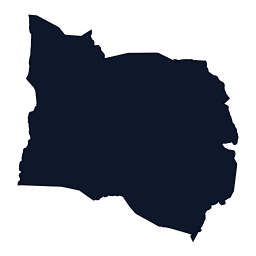 Monte Santo, Bahia, Brazil
{"feature_id": "56859067B5378838319311", "entity_name": "Monte Santo", "entity_type": "district", "adm_level": 2, "iso_a3": "BRA", "parent_name": "Brazil", "parent_adm1": "Bahia", "projection": "orthographic", "projection_center": [-39.443, -10.381], "detail": "fine", "context": "isolated", "style": "filled", "palette": "ink", "viewbox_px": 256, "rotation_deg": 0, "n_neighbors": 0, "source": "geoboundaries", "source_scale": "gbopen_adm2", "svg_char_len": 4320}
<svg xmlns="http://www.w3.org/2000/svg" viewBox="0 0 256 256"><path d="M24.8,148.7L23.8,149.7L23.9,151.2L23.4,153.1L22.9,154.4L22.9,156.0L22.3,157.8L22.4,159.4L22.6,160.8L21.7,161.5L20.5,162.3L20.2,163.8L19.8,165.3L19.9,166.9L19.8,168.5L19.8,169.9L20.7,170.6L21.9,171.3L22.3,172.5L21.1,173.2L19.9,174.2L19.5,175.3L19.9,176.7L20.6,178.0L20.9,179.0L20.6,180.2L19.8,181.2L18.6,182.3L18.4,183.5L18.4,184.7L21.9,184.5L48.0,185.5L49.7,185.6L56.9,185.8L61.6,186.0L79.6,189.8L88.0,195.8L93.7,199.8L94.9,199.4L96.0,198.8L97.1,199.6L98.9,199.1L100.2,197.6L101.2,197.3L102.1,196.2L103.3,195.7L104.2,196.4L105.3,196.6L106.2,196.1L107.2,195.9L108.2,194.9L109.2,194.8L110.4,195.4L111.5,195.2L112.5,195.4L113.8,195.3L114.8,194.6L116.2,195.3L117.8,195.5L119.1,194.9L120.3,195.1L121.4,195.5L122.5,195.8L123.6,196.6L130.1,206.3L136.2,213.2L143.8,217.4L147.5,219.4L159.0,225.8L160.2,226.0L162.1,225.7L163.0,226.7L164.5,226.4L170.1,227.5L187.3,232.5L193.2,234.4L192.4,235.2L191.1,236.1L191.5,237.6L192.4,239.2L193.0,240.6L196.9,233.4L197.4,232.3L197.6,231.1L198.8,231.5L199.9,231.3L200.9,230.1L200.1,228.8L199.5,227.7L200.4,227.2L201.2,226.6L202.0,225.1L202.3,224.1L203.1,222.9L203.4,221.5L204.0,220.3L204.9,218.8L204.7,217.7L204.8,216.6L204.7,215.3L204.5,214.0L204.7,212.7L205.8,211.2L206.4,210.0L208.3,209.4L209.7,208.7L210.7,207.4L210.6,205.7L211.3,204.5L213.2,204.5L215.0,203.9L216.0,203.4L217.3,202.3L218.5,201.0L219.7,201.6L219.9,202.9L220.7,203.7L221.8,204.5L223.1,204.1L224.8,203.6L224.7,202.1L224.2,200.7L224.8,199.5L226.1,199.3L226.6,198.4L228.3,197.8L229.8,197.2L230.9,195.4L231.5,193.9L232.4,192.4L233.2,190.9L235.9,169.3L236.3,165.7L236.3,164.5L236.3,163.3L235.4,162.2L234.8,160.8L234.0,159.7L233.6,158.5L233.6,157.2L234.3,156.3L234.5,155.2L234.7,154.0L234.6,152.9L234.4,151.8L233.5,151.0L232.0,150.7L230.9,150.5L229.8,150.5L228.1,150.1L226.6,149.1L224.8,148.6L223.8,147.6L223.0,146.6L222.0,145.4L221.6,144.1L222.4,143.3L223.5,142.8L225.9,143.0L227.4,142.4L228.9,142.4L230.9,141.8L232.1,141.5L232.8,142.4L233.6,143.8L234.6,144.4L235.8,143.9L236.7,142.9L237.0,141.3L237.1,139.6L237.6,138.0L237.6,136.6L237.2,135.4L237.3,134.2L236.5,132.9L236.2,131.9L236.2,130.8L236.2,129.6L235.4,128.4L234.6,127.3L234.2,125.8L233.6,124.4L232.4,123.5L231.7,122.0L231.5,120.5L231.2,119.5L230.9,118.1L230.4,116.8L229.8,115.9L229.4,114.6L228.8,112.1L228.3,111.1L227.9,110.0L227.8,109.0L227.8,108.0L228.1,106.8L225.5,105.1L223.9,104.5L223.6,103.3L227.1,100.1L229.0,98.3L228.2,97.6L227.2,96.1L226.2,94.8L225.4,93.3L225.0,91.9L224.2,90.6L223.9,88.6L223.7,87.2L224.0,86.2L223.9,84.5L223.1,83.2L222.4,82.6L221.0,82.0L219.7,81.2L218.7,80.1L218.1,79.2L217.6,78.1L216.6,76.7L215.1,76.1L213.6,76.1L212.4,75.2L211.4,74.6L209.9,73.4L208.1,72.3L207.7,70.2L207.2,68.4L205.9,67.6L206.1,65.6L206.3,64.3L205.5,61.4L194.2,60.8L193.1,60.9L192.3,60.1L191.3,59.9L189.7,59.9L188.1,60.1L186.8,59.8L185.3,60.0L183.9,59.9L182.3,60.2L180.8,60.2L179.3,60.9L174.5,59.8L174.9,60.9L175.0,61.9L158.0,53.5L156.1,53.4L153.1,53.4L142.4,53.5L128.4,53.6L125.5,54.2L107.8,58.3L106.5,58.6L103.8,59.0L104.1,57.6L104.0,56.5L104.1,55.0L103.2,53.5L102.3,52.7L101.0,50.9L100.1,49.4L100.3,47.9L99.4,47.0L98.2,45.7L93.4,46.2L93.7,45.1L93.5,43.6L93.8,42.4L93.3,41.0L92.2,40.5L91.2,39.0L90.6,37.6L90.0,36.4L90.1,35.3L90.8,34.4L91.2,32.8L91.1,30.6L88.3,32.3L81.4,36.7L64.6,35.4L58.5,27.8L45.7,21.0L41.1,18.5L36.6,16.1L29.2,15.4L29.4,16.5L29.9,17.7L29.9,19.0L29.9,20.5L29.8,21.8L30.0,23.4L30.1,24.9L29.8,26.5L29.8,28.0L30.0,29.8L30.2,31.1L30.7,32.7L31.9,33.5L32.0,35.1L31.9,36.7L31.9,37.8L31.8,39.3L31.7,40.8L31.7,42.0L31.7,43.1L31.7,44.4L31.6,46.6L31.4,48.2L31.2,49.7L31.2,51.0L31.2,52.2L31.2,53.3L31.1,54.7L30.7,56.4L30.3,57.6L30.1,58.7L29.9,59.9L29.7,61.5L29.5,63.0L29.8,64.4L30.1,65.7L30.1,66.8L29.9,67.8L29.8,69.1L29.6,70.6L29.4,71.9L29.2,72.9L28.9,74.4L28.2,75.8L27.5,77.5L26.8,78.6L34.9,87.7L35.1,88.9L35.7,89.9L36.1,90.8L37.3,102.9L37.0,104.5L37.3,106.0L36.2,106.7L35.4,107.6L35.0,109.3L34.4,110.6L33.6,111.7L31.8,112.1L30.1,112.6L29.4,113.9L29.1,115.1L29.0,116.2L28.5,117.3L28.7,118.9L28.9,120.6L28.5,121.9L29.0,122.8L29.5,124.1L29.4,125.5L29.4,126.7L29.7,128.4L29.9,130.1L29.5,131.7L29.6,132.9L29.9,134.1L30.5,135.2L31.0,136.9L31.1,138.6L30.1,140.1L29.1,140.5L28.6,141.7L28.8,142.8L28.6,144.8L27.6,146.4L26.5,148.3L24.8,148.7Z" fill="#0f172a" stroke="#020617" stroke-width="1.5"/></svg>